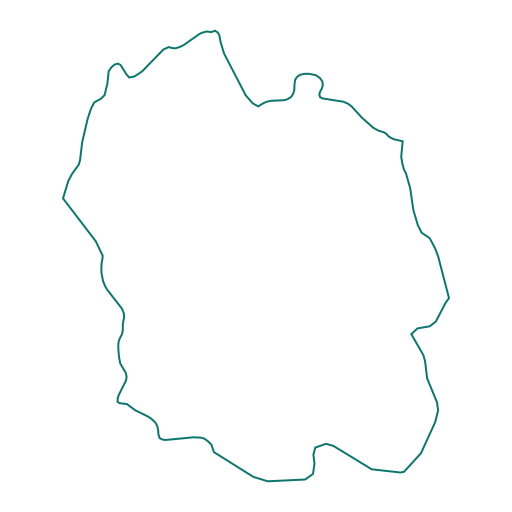 the border of Lozère
{"feature_id": "FRA-5320", "entity_name": "Lozère", "entity_type": "Metropolitan department", "adm_level": 1, "iso_a3": "FRA", "parent_name": "France", "parent_adm1": "", "projection": "mercator", "projection_center": [3.454, 44.535], "detail": "fine", "context": "isolated", "style": "outline", "palette": "teal", "viewbox_px": 512, "rotation_deg": 0, "n_neighbors": 0, "source": "natural_earth", "source_scale": "10m", "svg_char_len": 1966}
<svg xmlns="http://www.w3.org/2000/svg" viewBox="0 0 512 512"><path d="M449.0,298.1L445.7,302.6L435.8,321.6L429.7,326.3L417.5,328.4L411.3,334.1L423.4,355.2L425.0,361.0L427.2,378.6L437.0,402.3L438.1,410.3L435.2,422.1L421.0,453.2L404.0,471.8L400.4,472.5L371.7,469.3L333.4,445.9L326.0,443.8L315.3,447.6L313.4,454.5L314.5,463.6L313.0,473.9L305.2,479.5L267.8,481.3L253.4,476.9L214.0,452.2L211.3,444.5L207.5,440.9L204.1,438.5L200.4,437.6L193.4,437.3L165.5,440.0L162.3,439.5L159.5,438.0L158.4,434.1L158.2,430.5L157.4,426.5L155.6,422.8L151.6,419.0L148.3,416.7L135.1,410.2L126.8,404.0L119.5,403.2L117.5,401.6L117.8,397.7L119.2,394.1L126.0,380.5L126.6,376.7L125.8,372.9L120.3,363.6L119.0,357.0L118.3,348.3L118.3,344.3L118.8,340.9L120.3,337.4L122.1,334.0L122.8,330.0L122.8,325.1L123.3,321.2L124.1,317.7L123.9,313.6L122.0,308.7L107.4,290.0L105.1,286.2L103.1,281.2L101.4,272.5L101.4,267.1L101.7,262.6L102.4,259.2L102.7,255.7L95.8,241.3L63.0,198.4L68.3,181.0L71.9,174.1L78.6,164.9L80.0,160.5L82.2,142.2L87.5,119.4L90.9,108.9L94.3,102.3L100.9,98.8L104.6,95.1L107.4,83.3L108.7,71.2L111.3,67.4L114.5,64.6L117.9,63.6L120.6,65.0L126.5,74.5L129.2,77.5L134.6,76.4L142.0,71.5L163.5,49.4L168.8,47.1L171.9,48.0L175.3,48.3L179.2,47.2L183.6,45.1L199.1,34.2L201.9,32.8L206.6,31.5L211.3,32.1L214.9,30.7L217.8,32.5L219.3,35.2L220.7,42.4L224.0,53.4L245.7,95.3L252.8,103.4L258.2,106.4L263.5,103.1L266.9,101.7L271.0,100.8L283.9,100.2L287.4,99.3L290.8,97.2L292.9,94.3L294.2,90.7L294.6,83.2L295.2,79.8L297.0,76.9L299.9,74.9L303.9,73.9L308.7,73.8L315.6,75.1L319.6,77.7L322.3,81.3L322.8,84.8L322.1,88.0L320.3,91.3L319.3,94.3L320.0,97.0L322.4,98.4L343.3,101.7L348.0,103.7L351.5,106.3L362.0,117.8L373.3,127.8L378.4,130.6L384.1,132.4L386.3,133.8L388.6,136.4L391.2,138.0L393.4,139.1L402.7,141.3L401.2,156.8L402.3,163.3L403.8,169.2L404.7,171.1L405.8,172.8L410.2,188.3L413.4,210.3L417.7,224.8L421.6,232.7L429.7,238.2L435.1,248.4L438.2,256.6L449.0,298.1Z" fill="none" stroke="#0f766e" stroke-width="2"/></svg>